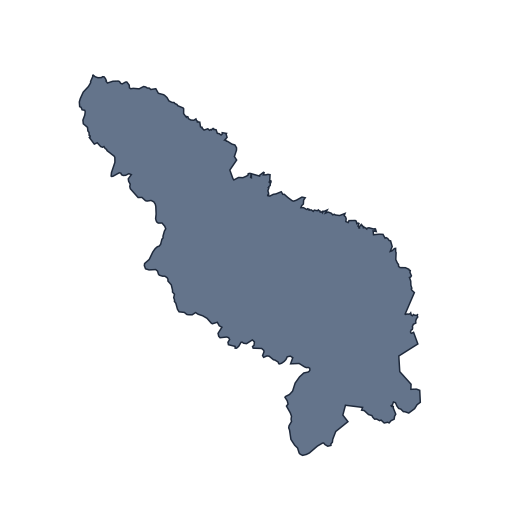 Xicotepec, Puebla, Mexico (orthographic projection), rotated 261°
{"feature_id": "50627088B85126164894992", "entity_name": "Xicotepec", "entity_type": "district", "adm_level": 2, "iso_a3": "MEX", "parent_name": "Mexico", "parent_adm1": "Puebla", "projection": "orthographic", "projection_center": [-97.909, 20.332], "detail": "fine", "context": "isolated", "style": "filled", "palette": "slate", "viewbox_px": 512, "rotation_deg": 261, "n_neighbors": 0, "source": "geoboundaries", "source_scale": "gbopen_adm2", "svg_char_len": 6107}
<svg xmlns="http://www.w3.org/2000/svg" viewBox="0 0 512 512"><g transform="rotate(261 256 256)"><path d="M85.8,395.4L97.7,396.7L99.4,393.7L100.1,388.1L105.1,389.1L119.3,379.9L134.9,381.4L143.8,402.1L156.0,399.7L155.3,397.6L155.8,396.9L156.9,396.7L158.6,397.7L159.0,398.9L160.6,399.5L161.8,399.4L163.9,400.7L164.8,403.4L166.8,403.5L169.0,404.7L170.4,406.2L172.3,405.9L173.3,406.8L172.2,405.6L172.7,403.4L173.6,402.3L172.5,401.2L173.2,400.1L175.6,399.9L174.8,399.1L174.7,397.2L175.1,396.2L174.9,394.5L175.3,394.2L195.1,406.7L197.8,404.6L199.1,404.2L199.8,404.9L202.8,404.4L207.0,404.9L210.8,404.2L211.0,405.4L212.1,406.4L215.8,405.5L217.5,406.1L217.9,405.2L219.0,404.9L221.1,401.7L222.0,396.5L223.4,395.2L225.5,395.4L226.7,394.6L230.6,393.5L237.4,394.9L238.4,394.6L241.7,395.1L241.7,393.9L239.8,391.1L239.5,389.3L244.0,392.0L249.9,391.3L250.4,390.0L252.7,388.8L253.8,387.3L253.4,386.3L257.5,384.8L258.3,381.0L258.6,375.4L262.4,375.6L261.3,378.6L263.4,378.3L262.8,377.8L264.3,377.5L264.3,376.4L266.2,372.0L266.1,370.0L265.3,369.6L267.1,368.0L267.1,366.6L268.2,366.9L268.3,366.2L269.7,365.7L269.6,365.0L270.6,364.8L268.7,362.7L267.5,362.6L267.7,362.0L268.4,362.3L269.5,361.4L272.0,362.8L272.6,361.9L272.2,360.6L274.2,360.5L275.3,360.1L275.6,359.3L276.4,353.4L274.6,352.2L276.0,350.1L278.6,350.9L280.5,350.6L282.1,349.4L284.1,350.6L282.9,344.9L284.1,340.8L285.0,339.8L284.6,338.3L286.5,337.0L288.1,334.1L287.5,331.3L290.3,333.5L289.2,329.3L289.8,329.1L289.5,328.3L288.6,328.2L289.2,327.8L289.3,326.3L290.5,326.2L290.8,325.4L291.8,324.8L291.1,323.6L292.2,320.8L291.1,319.5L292.9,317.8L293.0,315.7L293.7,315.9L294.6,314.4L294.0,313.8L294.1,313.2L296.3,310.5L296.7,307.9L298.7,309.1L299.9,310.9L303.8,311.8L305.8,313.7L307.0,310.6L304.8,304.6L304.3,301.7L304.9,300.4L308.8,296.6L312.5,293.6L312.7,292.1L315.5,291.0L314.2,285.4L314.2,282.7L313.0,279.0L313.8,277.0L314.3,277.1L314.3,278.6L314.8,277.7L315.9,278.3L318.5,277.9L320.9,279.2L321.6,278.9L321.7,279.5L322.5,279.5L323.4,281.0L325.6,281.5L326.9,280.6L327.2,281.5L326.4,282.2L326.9,282.5L328.0,282.4L328.0,281.3L334.1,282.6L334.8,280.5L334.6,278.5L335.0,275.9L337.0,277.1L337.5,276.5L335.1,272.1L334.4,272.0L338.0,264.3L334.0,263.7L334.4,263.0L338.1,264.1L338.6,262.8L338.5,261.2L337.3,260.9L336.4,259.2L335.4,255.3L336.3,251.1L334.6,246.0L336.1,245.3L345.0,243.6L353.8,251.9L357.6,250.2L363.6,253.3L365.9,253.7L369.0,252.5L370.3,249.7L373.8,245.7L374.0,244.7L374.9,244.5L375.4,243.1L377.7,246.0L381.2,245.5L381.7,246.0L383.1,241.9L381.8,241.7L381.0,240.7L381.2,240.1L382.6,238.8L383.2,237.0L387.0,236.3L387.5,234.2L388.5,234.1L388.7,233.5L387.5,231.7L388.0,231.3L387.4,229.8L389.2,228.3L388.5,224.4L390.8,222.7L391.5,222.9L392.2,221.4L397.0,221.4L397.5,219.2L398.1,219.5L399.1,218.4L400.8,218.1L399.8,215.8L400.5,212.9L402.2,210.8L404.1,210.5L404.9,208.7L404.3,208.7L404.5,208.5L408.0,206.8L412.8,207.6L413.6,207.2L416.7,202.2L418.1,201.6L419.2,199.8L420.4,199.1L420.8,197.1L422.9,194.2L426.4,192.9L428.8,191.0L429.7,190.1L432.0,185.0L436.9,183.2L436.9,178.1L438.5,176.9L438.9,174.9L440.2,173.5L441.0,171.5L439.4,166.7L440.8,161.0L440.8,158.5L441.9,157.3L444.6,157.5L448.1,155.6L448.2,154.3L446.9,150.8L447.7,149.3L449.6,148.5L450.3,147.4L451.0,142.0L450.1,136.3L452.3,135.2L452.7,135.6L454.9,135.0L456.8,133.9L457.1,132.4L456.4,131.3L456.8,127.8L458.2,125.2L460.2,123.4L459.9,123.0L458.9,122.9L454.2,119.9L453.0,119.8L449.6,117.0L444.9,111.0L439.0,107.1L435.8,105.6L431.1,105.2L430.2,106.5L427.6,107.1L426.7,109.6L425.2,109.9L421.9,108.9L417.3,106.3L413.6,106.1L409.4,109.7L405.8,109.5L404.2,110.4L401.2,110.1L400.9,110.8L399.6,110.9L399.1,110.2L399.7,109.6L391.8,113.8L392.7,116.9L388.4,119.7L387.4,121.5L387.9,122.9L385.8,123.8L384.6,125.1L383.4,125.3L376.7,131.6L375.4,132.0L370.6,131.3L361.0,126.3L357.6,125.4L357.1,125.9L357.2,127.4L359.6,134.0L358.9,135.5L357.3,135.9L356.3,137.5L356.1,139.9L357.2,143.3L355.9,145.6L352.2,141.9L349.6,141.9L346.7,143.0L344.3,142.2L342.1,142.4L332.2,148.7L331.7,152.5L327.9,155.5L327.3,157.0L327.3,161.0L325.5,163.5L323.0,164.6L320.7,164.8L313.0,163.9L308.6,162.7L306.4,162.9L305.0,163.4L303.8,164.6L303.3,168.3L299.7,170.5L297.0,171.1L294.9,169.4L290.1,167.2L288.5,167.1L287.3,165.7L282.4,163.6L280.8,161.7L280.6,160.0L279.1,157.6L276.1,154.7L269.3,150.0L266.0,144.8L264.0,144.2L260.6,144.9L259.0,148.2L258.3,154.8L256.5,156.4L253.4,156.8L252.2,157.5L250.7,160.5L250.3,162.8L248.5,164.8L246.8,165.4L245.0,165.1L240.8,167.8L235.4,168.2L233.4,167.9L231.0,169.5L227.7,168.2L225.3,168.7L223.9,168.3L222.0,169.4L215.7,170.1L212.9,171.3L211.5,176.4L209.1,178.5L208.6,179.9L207.9,183.7L209.6,187.5L207.6,189.6L205.3,194.0L202.1,197.9L196.7,201.3L195.9,202.3L196.6,207.4L192.8,208.8L191.0,211.2L185.5,206.4L182.6,206.6L180.9,207.7L180.6,214.3L179.6,216.2L177.6,216.9L175.2,214.8L172.7,214.9L170.0,221.2L168.2,221.0L168.0,222.4L169.5,224.8L173.1,227.7L173.1,228.8L171.8,230.1L170.9,232.9L173.7,239.3L171.4,241.0L168.2,240.1L167.1,238.4L165.4,238.8L163.8,247.1L161.6,248.9L160.1,248.9L156.6,246.9L154.7,247.7L155.6,251.1L155.0,253.3L150.8,257.0L150.2,258.5L147.8,261.3L146.1,261.6L145.7,262.4L146.1,264.6L147.5,267.4L149.1,269.4L151.6,271.1L151.7,274.3L149.8,276.4L144.1,273.3L143.1,281.8L138.9,286.6L137.9,288.3L137.7,290.3L136.7,291.5L134.9,291.4L133.7,290.4L133.2,289.2L133.0,284.9L129.8,280.1L124.4,274.8L116.8,271.0L114.0,267.4L112.6,263.1L111.9,262.5L108.1,264.2L104.7,264.5L103.0,262.6L95.8,265.3L92.2,266.0L89.3,265.1L87.0,265.2L83.2,262.1L81.1,261.4L78.9,261.9L69.4,261.8L63.1,264.6L59.9,267.0L54.6,267.8L53.4,268.6L51.8,270.8L52.1,274.7L53.1,277.9L58.7,287.0L60.8,292.4L60.7,293.6L59.0,294.6L56.9,297.1L57.2,300.4L58.7,300.6L60.1,302.3L62.9,303.1L70.2,307.3L78.0,320.9L85.3,316.9L94.6,321.0L89.8,337.6L87.2,336.2L86.4,338.7L81.8,342.3L80.3,345.5L78.5,346.1L76.3,347.6L76.1,349.6L74.0,352.4L74.4,353.8L71.0,356.5L71.2,360.0L70.3,361.4L72.2,363.6L73.2,366.9L76.0,367.8L77.9,369.3L84.4,367.8L85.9,368.1L86.2,366.3L87.1,366.1L87.4,367.3L90.3,368.9L89.3,370.8L85.8,371.7L83.1,373.1L82.1,375.1L79.2,377.2L78.9,378.7L77.0,382.3L80.4,388.8L83.9,391.8L85.8,395.4Z" fill="#64748b" stroke="#1e293b" stroke-width="1.5"/></g></svg>